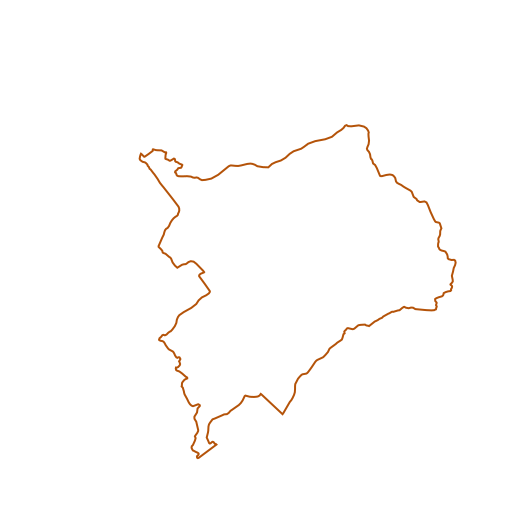 map outline of Democratic Republic of the Congo (Robinson projection), rotated 53°
{"feature_id": "COD", "entity_name": "Democratic Republic of the Congo", "entity_type": "country or territory", "adm_level": 0, "iso_a3": "COD", "parent_name": "Africa", "parent_adm1": "", "projection": "robinson", "projection_center": [23.721, -4.071], "detail": "fine", "context": "isolated", "style": "outline", "palette": "amber", "viewbox_px": 512, "rotation_deg": 53, "n_neighbors": 0, "source": "natural_earth", "source_scale": "50m", "svg_char_len": 6122}
<svg xmlns="http://www.w3.org/2000/svg" viewBox="0 0 512 512"><g transform="rotate(53 256 256)"><path d="M398.3,330.0L370.2,334.9L369.0,335.2L369.6,337.1L369.3,339.1L368.5,340.6L367.3,342.5L365.5,344.7L364.5,345.8L361.1,348.5L361.1,349.4L363.3,353.6L364.3,356.6L364.7,359.4L364.4,368.0L364.3,369.5L364.9,372.3L364.8,374.4L363.3,376.8L362.8,379.2L361.0,386.7L360.3,389.0L361.4,392.9L362.2,394.9L363.6,396.6L366.7,399.2L368.0,400.5L371.3,404.6L375.7,405.6L377.0,406.0L377.9,405.8L378.2,405.2L378.2,404.0L378.1,403.1L378.3,402.4L379.1,401.9L381.2,401.9L382.1,401.2L382.8,401.1L382.7,422.9L382.7,423.3L382.4,424.1L381.6,424.4L380.4,423.7L380.1,421.6L379.6,420.9L378.9,420.7L377.8,421.1L376.2,422.0L374.2,422.9L373.4,423.4L372.0,423.3L370.4,422.9L369.3,421.8L369.0,420.1L366.7,415.9L365.1,413.8L364.2,413.6L363.2,413.3L362.6,411.6L362.0,409.5L361.0,407.6L360.2,406.9L352.3,403.4L350.7,403.3L349.0,403.1L347.9,402.4L347.2,401.8L345.5,397.3L342.6,394.4L342.0,391.2L341.4,390.7L340.4,391.0L339.6,391.4L338.1,396.5L337.8,396.9L337.1,397.3L336.1,397.7L334.6,397.9L332.5,397.8L328.4,397.0L323.5,396.3L321.9,395.7L320.8,395.1L317.1,393.7L315.4,393.9L314.6,392.9L313.9,392.4L312.9,391.5L312.4,390.3L311.8,387.6L312.0,386.2L312.4,384.6L311.9,384.2L311.2,384.2L310.3,384.7L305.4,385.7L302.1,386.7L299.8,388.2L299.0,388.4L297.6,387.8L296.9,387.0L297.6,386.1L297.8,384.9L297.4,382.7L296.6,381.6L294.6,380.9L293.8,380.8L293.4,379.6L292.8,378.4L291.1,378.1L290.5,378.4L290.1,379.3L290.0,380.1L289.0,380.6L286.8,380.5L284.7,380.0L283.2,379.8L282.2,379.9L278.3,381.7L277.0,381.9L272.9,381.8L270.6,381.4L268.9,381.4L267.7,381.9L266.3,383.2L265.0,383.9L264.5,383.8L263.6,382.5L263.5,380.6L262.9,378.4L263.3,377.3L264.5,376.5L264.9,374.8L264.5,372.3L264.5,370.5L264.8,369.5L264.4,367.1L263.2,363.1L261.5,359.9L259.2,357.5L257.8,355.1L257.1,352.9L257.3,347.5L258.5,339.0L258.4,332.6L256.9,328.5L256.5,324.1L257.4,319.4L257.5,316.1L256.9,314.5L256.6,314.2L256.1,314.0L247.2,313.7L238.0,313.6L237.2,313.0L236.9,311.8L236.9,310.8L237.8,307.4L237.7,307.1L236.0,307.1L226.4,308.3L223.0,309.2L220.9,311.2L220.2,313.6L220.3,315.6L220.2,317.0L219.2,318.6L218.5,320.3L218.0,325.9L214.9,326.5L211.7,326.5L211.0,326.5L207.1,325.4L205.7,325.4L204.5,325.9L199.8,326.9L197.6,328.3L197.0,328.4L195.4,327.7L193.3,327.8L190.2,328.3L189.5,327.9L184.9,319.8L183.4,316.8L182.0,315.1L180.7,313.2L180.2,311.4L180.4,309.7L179.7,307.4L178.0,304.5L176.9,301.7L176.3,299.1L176.2,296.8L176.4,295.0L176.1,293.6L175.2,292.7L174.7,291.5L173.6,290.0L171.9,288.8L170.0,288.2L160.7,288.2L145.3,288.5L143.8,288.6L139.7,288.7L135.2,288.2L129.7,288.0L127.8,288.1L123.5,288.1L123.1,288.2L122.4,288.5L120.5,288.0L118.7,288.2L117.6,287.7L115.4,288.0L114.3,288.4L112.5,289.9L109.9,290.7L108.9,290.6L108.3,290.4L106.7,288.7L105.6,287.2L105.1,286.3L105.8,286.1L109.4,285.6L109.7,285.2L109.9,280.3L109.9,275.3L109.4,274.7L108.8,274.3L108.8,274.0L111.1,272.3L112.3,271.0L114.8,267.9L118.4,266.4L118.6,266.1L118.9,265.5L119.6,265.6L120.9,267.4L123.4,269.6L124.0,269.8L126.2,268.3L127.9,267.7L128.3,267.1L128.5,265.8L128.8,262.9L129.8,262.5L130.9,263.0L131.4,263.4L132.4,263.4L134.0,262.2L135.4,261.9L136.9,261.2L138.3,260.2L139.0,260.1L140.3,262.2L140.4,262.8L139.1,265.2L139.7,267.0L139.8,269.6L140.6,270.3L141.1,270.0L142.1,270.1L143.3,270.6L144.5,270.6L145.6,269.9L147.7,267.4L150.8,263.0L153.4,260.2L155.4,259.1L156.7,257.8L157.4,256.3L158.6,255.3L161.1,254.5L162.9,253.5L164.8,250.5L167.3,245.1L168.4,237.3L167.9,223.8L168.3,222.0L169.2,220.8L171.7,218.1L173.4,216.0L174.7,213.4L177.2,207.6L178.8,204.9L180.3,203.4L182.4,202.0L185.1,200.9L189.3,196.9L192.6,192.8L192.1,187.9L192.9,183.9L194.7,178.7L195.3,173.3L194.7,167.6L195.0,162.9L197.5,155.4L197.7,152.1L197.7,146.8L199.9,139.6L204.4,130.5L206.5,123.6L206.1,116.9L206.6,112.0L206.4,109.1L205.6,106.5L206.0,104.9L207.7,104.3L209.8,101.8L213.6,95.2L217.6,91.9L220.4,90.9L223.3,91.0L225.2,91.6L226.1,92.7L228.3,94.2L231.9,96.3L234.5,98.8L236.0,101.4L237.1,102.9L238.5,103.3L240.8,103.1L243.4,103.7L246.1,105.2L247.8,105.7L248.4,105.4L249.7,105.6L252.6,106.8L255.0,106.1L258.5,106.6L266.6,108.7L267.3,108.3L268.0,107.4L269.7,103.2L271.2,100.5L271.9,99.6L273.6,98.2L275.7,97.8L277.6,97.9L280.7,99.3L282.4,99.3L284.1,98.6L286.6,97.3L289.2,96.5L291.5,95.6L296.7,93.3L298.5,93.0L303.7,94.5L307.1,93.5L308.5,93.8L311.4,92.8L311.9,92.1L313.8,88.6L315.8,87.6L318.8,88.1L326.0,90.1L333.3,91.7L336.3,92.1L337.1,91.9L339.4,89.9L340.2,89.6L340.9,89.7L345.5,91.3L346.1,92.5L346.9,93.8L349.6,96.0L350.5,97.2L351.6,99.6L352.4,100.4L353.6,101.0L354.7,101.6L355.3,102.6L356.2,103.5L358.0,104.9L359.9,105.1L360.8,105.4L361.7,105.3L363.3,104.5L365.1,103.0L366.5,102.1L369.8,102.4L371.7,103.2L373.2,104.2L374.4,104.1L376.9,102.2L378.2,100.2L379.5,99.7L381.5,100.6L383.1,102.5L384.6,105.3L387.0,108.0L389.7,111.5L393.3,113.2L394.7,114.1L395.1,115.0L395.4,116.1L395.5,117.4L395.9,117.9L397.7,117.5L398.6,117.9L399.3,118.8L399.9,120.3L400.8,120.8L401.0,121.8L399.8,124.0L399.0,126.2L398.6,128.4L399.7,129.7L400.0,130.3L400.1,131.0L400.1,131.8L398.9,134.9L398.2,137.5L398.2,138.9L399.8,139.9L401.9,139.8L402.6,140.4L403.2,141.4L403.8,141.9L404.7,141.9L405.3,142.2L405.6,142.9L406.9,144.4L406.6,145.5L406.5,146.3L405.1,148.5L401.6,152.7L394.3,160.7L391.8,161.7L390.5,163.2L389.6,165.5L387.5,167.4L385.8,168.2L385.6,168.7L385.5,170.8L385.7,174.0L384.9,175.4L383.2,180.0L382.8,180.3L382.3,181.2L382.0,184.0L381.7,185.0L380.9,190.9L381.2,192.5L380.5,195.3L380.5,197.0L380.2,198.9L379.8,200.5L380.0,207.9L379.4,208.2L378.3,209.3L377.2,210.0L376.4,210.2L374.0,213.8L373.1,215.5L372.9,216.3L373.2,221.2L372.9,222.3L372.5,223.0L368.9,226.0L368.6,226.9L369.1,228.8L369.2,230.2L369.6,231.1L371.1,231.8L371.1,233.2L373.3,236.0L374.4,237.7L374.4,239.3L374.1,243.3L374.3,245.3L374.2,251.7L374.3,253.1L376.0,256.4L376.8,260.1L377.2,262.8L377.2,263.6L375.9,269.7L375.9,270.9L376.2,272.4L378.3,278.4L379.3,281.6L380.1,284.4L380.3,285.6L380.2,286.6L378.5,290.0L378.3,291.1L378.7,293.7L379.3,296.3L381.9,301.7L383.3,303.0L385.9,305.0L388.2,307.0L389.8,309.2L391.4,312.2L392.4,314.6L392.9,316.8L397.8,328.4L398.3,330.0Z" fill="none" stroke="#b45309" stroke-width="2"/></g></svg>